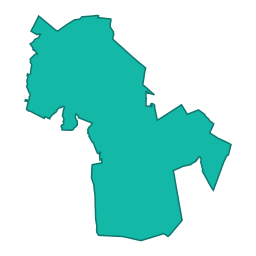 the district of San José Chiltepec, Oaxaca, Mexico
{"feature_id": "50627088B5602491796839", "entity_name": "San José Chiltepec", "entity_type": "district", "adm_level": 2, "iso_a3": "MEX", "parent_name": "Mexico", "parent_adm1": "Oaxaca", "projection": "orthographic", "projection_center": [-96.132, 17.914], "detail": "fine", "context": "isolated", "style": "filled", "palette": "teal", "viewbox_px": 256, "rotation_deg": 0, "n_neighbors": 0, "source": "geoboundaries", "source_scale": "gbopen_adm2", "svg_char_len": 5377}
<svg xmlns="http://www.w3.org/2000/svg" viewBox="0 0 256 256"><path d="M226.5,156.3L228.3,154.9L228.5,154.7L228.8,153.2L229.4,150.8L230.2,147.9L230.4,147.1L231.0,144.5L230.2,144.1L229.6,143.8L229.4,143.7L229.2,143.6L227.7,142.8L226.7,142.3L225.5,141.7L218.9,138.6L217.9,138.2L214.9,136.2L211.6,134.1L210.1,133.1L209.6,132.8L211.0,130.1L212.1,127.6L212.6,126.5L213.1,125.3L213.7,123.8L209.9,121.1L208.4,118.8L205.5,116.3L205.2,115.4L204.7,114.5L199.4,110.5L198.6,109.9L187.3,114.3L181.5,104.8L161.3,117.8L158.7,119.4L157.3,120.2L156.3,115.5L155.6,112.1L155.2,110.1L154.7,108.0L154.6,107.5L154.7,105.3L153.0,103.8L152.9,103.9L151.9,103.5L151.5,103.6L151.4,104.0L151.0,103.8L150.8,104.0L150.8,104.5L151.5,104.9L151.4,105.4L151.8,106.4L151.4,106.7L151.1,106.0L150.9,105.7L150.6,105.7L149.2,106.0L148.6,106.4L146.8,106.2L146.5,106.2L146.0,106.2L146.0,104.3L146.0,103.2L146.0,102.7L146.0,102.3L146.1,101.2L146.1,100.9L146.0,100.2L146.1,99.5L146.1,99.3L146.1,98.6L146.3,98.3L146.1,97.6L146.0,97.2L146.0,93.5L145.9,92.3L146.0,91.6L146.4,91.6L146.8,91.4L147.0,91.6L146.8,91.8L147.0,91.9L146.9,92.2L147.5,92.5L147.5,92.9L147.7,93.3L148.1,93.4L148.2,92.9L148.4,93.2L148.7,93.2L148.8,93.1L148.9,93.4L149.3,93.3L154.4,94.8L151.8,92.6L145.9,87.3L145.6,87.1L144.4,86.1L142.7,84.7L143.6,79.6L144.6,72.3L145.5,68.6L145.7,68.0L139.2,62.7L132.4,56.9L112.9,39.3L112.9,36.9L113.8,34.5L113.2,31.4L111.5,29.2L110.2,26.8L110.3,23.4L110.7,22.0L111.0,19.2L110.3,18.9L107.3,18.6L106.8,18.6L106.7,18.6L103.4,18.2L101.7,18.0L100.6,17.9L97.9,17.7L98.6,15.9L96.8,15.4L92.8,16.0L91.4,16.1L89.7,16.3L89.3,16.3L89.1,16.3L88.1,16.4L86.5,16.4L85.0,16.6L83.5,16.7L83.4,16.7L82.0,16.7L81.9,16.8L79.8,19.1L74.4,19.9L67.8,24.0L62.4,27.7L60.4,29.1L58.1,30.9L55.9,30.4L38.7,16.0L35.3,22.9L34.9,23.6L34.8,24.0L34.7,24.1L33.3,26.8L33.0,27.3L32.4,28.5L31.7,29.8L31.0,31.2L35.3,33.7L37.0,34.7L37.3,34.4L38.2,34.2L39.0,34.5L39.6,34.1L40.2,34.4L40.4,34.3L41.0,33.8L38.5,37.6L38.2,37.8L37.7,38.1L34.6,39.6L33.6,41.5L32.2,42.7L31.2,43.3L30.1,43.9L30.6,44.6L30.9,45.0L32.5,47.2L32.6,47.4L32.6,47.6L33.0,47.8L33.2,48.2L32.9,49.5L33.1,49.8L33.7,50.3L34.5,50.0L35.0,51.0L35.3,51.5L35.9,52.0L36.3,52.5L36.7,53.0L36.8,53.1L37.0,53.1L37.5,53.9L35.2,54.2L30.3,58.9L30.5,62.8L31.1,63.4L31.5,64.2L31.7,64.9L31.7,65.5L31.5,66.3L31.4,66.7L31.3,66.9L30.9,70.3L30.6,71.6L30.6,73.3L30.5,73.7L30.0,74.5L29.0,74.6L27.5,73.9L27.2,75.8L27.9,75.7L27.9,77.2L27.7,78.3L27.0,79.8L27.0,81.7L27.1,82.7L27.6,84.1L26.6,86.4L28.1,89.8L28.4,90.9L30.1,94.4L30.3,95.3L29.8,96.0L29.5,96.6L29.2,97.1L29.2,98.0L29.3,99.0L29.1,99.6L28.5,100.2L28.3,100.3L27.7,100.3L25.6,99.6L25.0,100.9L28.3,101.5L27.9,103.4L27.3,106.0L26.9,107.7L26.8,107.9L26.5,109.4L27.0,109.7L27.9,110.1L28.1,110.5L28.3,110.7L28.4,110.9L28.8,111.1L29.3,110.8L30.0,111.1L32.6,112.4L33.6,113.0L34.6,113.5L35.6,113.9L36.5,114.4L37.5,114.9L38.5,115.4L40.4,116.4L41.4,116.9L42.2,117.4L44.2,118.4L45.1,116.6L45.8,117.0L46.9,117.5L48.8,118.4L49.0,118.5L49.6,118.8L49.6,118.7L50.1,117.7L50.5,116.9L51.6,115.6L51.9,115.2L52.1,115.0L52.5,114.7L55.0,112.7L55.5,112.4L55.9,112.2L56.1,112.0L56.6,111.1L57.4,109.4L60.3,107.1L60.9,107.7L62.0,107.1L62.6,106.7L63.3,106.4L63.8,106.5L64.1,106.8L64.4,107.2L64.4,107.9L64.0,108.2L63.5,109.9L63.2,111.7L62.9,113.3L62.7,114.6L62.4,115.8L62.9,116.5L63.3,117.2L63.6,118.1L63.8,119.1L63.9,120.3L63.6,120.9L63.2,121.2L63.1,121.5L63.4,122.0L63.6,122.7L63.7,123.6L63.5,124.1L63.1,124.5L62.2,124.8L61.8,125.1L61.3,125.7L61.1,126.3L61.3,126.8L61.6,127.3L61.9,127.6L62.1,128.3L61.9,128.9L62.0,129.9L67.7,130.1L70.9,130.2L72.9,129.9L73.7,128.8L74.0,127.9L74.8,127.3L76.0,126.6L77.1,125.1L77.4,123.6L77.4,122.4L77.2,121.2L76.9,120.5L76.1,119.5L75.6,118.1L75.3,116.5L75.5,115.1L75.9,113.9L78.3,115.8L78.4,116.7L78.5,117.7L92.0,123.0L91.4,124.7L90.9,125.5L89.0,127.2L87.9,129.4L87.8,130.6L88.0,131.3L88.1,131.7L87.8,133.1L88.3,132.9L88.5,133.5L89.4,136.0L89.5,136.8L89.3,136.8L92.4,142.5L93.5,142.9L94.6,146.2L97.3,153.0L98.9,153.9L99.9,152.1L100.6,152.6L99.7,155.1L99.6,156.9L100.0,160.1L101.9,159.0L101.7,161.4L101.7,163.0L101.1,163.0L92.2,164.7L91.8,169.7L91.5,178.0L93.9,184.8L94.1,188.0L95.0,195.4L95.4,209.5L95.7,219.1L96.7,225.3L96.9,227.1L96.7,228.3L96.6,230.4L96.8,231.4L96.8,232.2L97.7,233.9L98.7,235.3L122.7,236.5L141.0,240.6L163.9,233.6L167.9,236.4L169.6,235.2L181.6,220.9L182.1,220.4L178.5,200.3L178.4,199.8L178.0,196.7L177.9,196.4L177.3,193.6L176.9,191.0L176.6,189.2L176.5,188.8L176.2,187.2L176.0,186.0L175.7,184.3L175.5,183.2L175.4,182.7L174.8,179.0L174.7,178.3L174.6,177.7L174.5,177.1L174.4,176.6L174.3,175.9L174.2,175.4L174.1,174.9L173.9,173.7L173.7,172.8L173.3,170.5L174.2,170.2L178.0,168.6L178.6,168.3L181.5,167.0L181.7,166.9L182.8,166.4L190.1,164.7L190.8,164.6L191.7,163.7L192.9,163.0L195.2,161.5L196.3,160.1L196.3,160.6L197.4,159.1L199.0,157.0L199.6,156.6L200.0,156.8L201.2,159.6L200.8,161.9L200.8,162.2L202.0,166.8L202.3,168.0L202.8,169.7L202.4,170.7L202.5,170.9L202.8,172.1L203.6,173.4L203.9,173.9L204.0,174.2L204.2,174.4L204.8,175.5L205.8,177.3L206.5,178.6L207.1,179.6L207.7,180.9L209.0,183.3L209.3,183.7L209.6,184.4L210.7,186.2L211.1,186.9L211.4,187.4L211.5,187.6L212.1,188.5L212.2,188.8L212.7,189.5L213.3,190.3L214.0,188.4L214.6,186.7L215.2,185.2L215.6,184.2L216.6,181.5L217.1,180.1L218.6,176.1L219.1,174.6L219.9,172.5L220.8,170.1L221.5,168.1L222.3,165.8L222.4,165.7L223.7,162.1L226.5,156.3Z" fill="#14b8a6" stroke="#0f766e" stroke-width="1.5"/></svg>